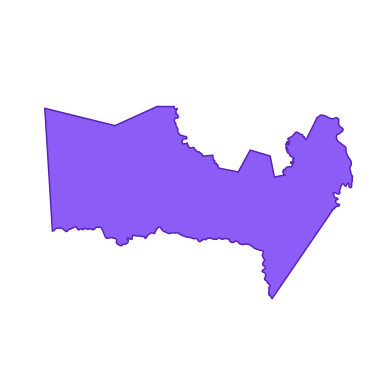 outline of Valle Del Guamuez, Putumayo, Colombia, rotated 188°
{"feature_id": "7082276B97476971281230", "entity_name": "Valle Del Guamuez", "entity_type": "district", "adm_level": 2, "iso_a3": "COL", "parent_name": "Colombia", "parent_adm1": "Putumayo", "projection": "albers", "projection_center": [-76.929, 0.422], "detail": "fine", "context": "isolated", "style": "filled", "palette": "violet", "viewbox_px": 384, "rotation_deg": 188, "n_neighbors": 0, "source": "geoboundaries", "source_scale": "gbopen_adm2", "svg_char_len": 6025}
<svg xmlns="http://www.w3.org/2000/svg" viewBox="0 0 384 384"><g transform="rotate(188 192 192)"><path d="M270.2,134.4L269.4,134.4L265.3,135.8L263.2,135.3L261.8,135.3L261.2,135.2L260.0,134.4L259.9,131.7L259.3,130.6L257.4,129.5L255.3,129.0L254.5,128.9L253.9,129.3L253.6,130.0L252.9,130.6L250.4,131.3L249.4,131.9L248.8,132.6L248.3,133.8L248.2,134.9L248.6,135.6L249.8,136.6L249.7,137.2L249.4,137.5L248.9,137.5L246.8,136.7L245.3,136.7L244.7,137.4L244.9,139.8L244.5,140.7L244.0,141.1L241.0,140.7L237.7,141.2L235.8,140.8L233.2,141.3L232.7,141.1L232.5,140.0L231.4,139.7L230.8,140.7L230.2,142.5L229.2,143.7L226.7,145.8L225.5,146.0L223.8,145.5L223.1,146.0L222.5,148.7L221.8,150.4L220.1,152.6L219.3,152.9L218.2,152.5L217.1,150.9L214.9,149.2L213.8,148.8L211.9,148.6L210.6,147.9L209.6,147.7L208.8,147.6L207.9,148.1L203.6,149.4L203.0,149.0L202.4,149.0L200.4,149.8L199.9,149.7L198.7,148.7L195.6,147.6L191.8,146.8L189.9,146.6L187.4,146.7L184.0,146.0L181.2,146.5L180.1,145.9L179.2,145.0L178.8,144.2L178.2,144.0L177.1,144.0L176.6,144.2L176.1,145.1L175.1,145.6L175.0,146.3L174.6,146.7L171.9,146.7L171.5,146.9L170.8,147.5L170.5,148.2L169.7,148.6L166.5,148.8L165.0,148.4L163.6,148.3L161.0,148.6L159.9,149.4L159.2,150.2L158.1,150.5L156.7,149.5L155.5,149.4L154.5,149.6L153.4,150.4L149.6,150.5L148.4,150.0L148.1,149.0L147.1,148.2L146.5,147.8L145.0,147.7L143.9,147.9L143.5,148.1L142.4,149.1L141.6,149.6L140.9,149.6L139.1,148.7L137.7,147.4L135.1,147.0L134.2,147.1L132.9,147.7L130.7,147.8L128.8,148.4L127.3,147.4L125.0,146.7L123.8,145.8L122.3,145.0L120.3,144.4L118.1,144.1L116.8,143.7L113.9,143.8L113.3,143.6L113.0,143.1L113.0,142.0L113.6,139.7L113.6,138.9L112.4,137.0L111.4,135.8L110.6,135.4L110.4,135.1L111.7,132.4L112.0,131.0L111.9,130.0L111.3,129.1L111.0,128.9L109.6,128.5L108.6,127.4L108.6,126.9L108.8,126.6L110.8,124.8L111.5,123.7L111.4,122.9L108.2,121.9L107.7,120.4L107.4,118.8L107.5,117.8L108.2,116.8L108.0,115.8L107.7,115.3L105.4,114.0L104.3,112.3L101.5,110.3L102.5,108.3L102.0,104.2L101.9,101.7L101.4,100.8L99.6,99.7L98.8,98.4L97.8,97.7L50.6,192.9L50.3,193.8L49.6,194.8L49.0,194.9L48.2,196.4L47.4,197.4L46.4,198.0L45.0,198.5L44.3,199.0L44.1,199.6L44.2,200.1L44.5,200.3L46.7,200.4L47.5,200.8L47.7,201.1L48.5,202.6L48.6,203.5L47.9,204.3L46.7,204.8L46.5,205.1L46.5,205.4L46.8,205.8L48.3,206.3L49.4,206.3L50.4,206.9L50.6,207.4L50.9,208.6L51.8,210.2L51.7,211.0L51.3,211.2L50.1,211.3L47.1,210.3L46.0,210.5L45.4,211.7L46.2,214.5L45.6,216.0L45.4,218.5L44.6,220.5L43.8,221.2L43.1,221.0L41.4,219.4L40.8,219.1L40.4,219.1L40.2,219.3L40.2,220.2L38.8,222.5L38.5,222.6L38.2,222.4L37.7,221.2L37.4,219.6L36.8,218.8L35.9,218.2L35.6,218.3L35.2,218.6L34.6,219.7L35.1,222.4L35.0,224.1L34.8,225.1L35.3,228.7L35.2,229.9L36.6,231.3L38.7,236.4L39.0,237.6L38.9,238.8L38.3,240.4L38.1,241.6L38.4,243.6L39.2,245.3L42.3,248.5L44.1,251.4L45.0,253.5L45.9,257.6L46.9,258.3L54.4,262.5L55.5,263.5L55.9,264.3L56.8,267.1L56.6,268.7L54.5,270.1L53.2,271.3L51.3,273.4L51.1,274.7L51.4,275.7L55.1,277.7L55.7,278.6L56.5,280.9L56.6,283.7L57.1,284.6L58.6,285.6L59.8,285.7L62.0,284.3L63.2,284.0L66.1,284.3L70.2,285.8L74.0,286.3L75.0,286.2L76.2,285.4L76.7,284.5L77.7,283.7L78.7,283.2L79.3,280.5L86.2,259.7L88.0,261.1L88.4,262.2L89.4,262.2L89.8,262.5L90.1,263.1L90.2,263.7L90.5,264.1L92.9,264.2L93.6,265.0L94.8,265.0L95.6,265.8L96.4,265.9L98.0,265.2L98.9,263.4L100.0,262.3L99.9,261.5L104.4,258.4L104.4,257.8L104.1,257.1L102.8,256.5L102.5,255.9L102.7,255.4L103.3,255.0L104.3,255.1L104.8,254.9L105.1,254.7L105.1,253.9L104.6,253.6L104.1,253.6L103.5,254.2L103.0,254.1L102.3,253.0L102.5,252.5L102.8,252.4L103.1,252.5L103.4,253.1L103.8,253.2L104.7,252.9L105.6,252.8L105.7,251.8L105.0,251.5L104.8,251.1L105.2,250.0L105.1,248.4L104.6,248.2L104.0,249.0L103.7,249.0L103.6,248.6L104.1,248.1L104.4,247.5L104.2,246.4L103.8,246.0L103.6,246.0L103.1,246.5L102.7,246.6L102.5,246.2L103.1,245.7L103.2,245.3L102.8,244.3L102.2,243.9L101.3,243.9L100.7,243.5L100.5,242.4L100.0,241.6L97.8,240.5L97.1,240.6L96.8,239.7L95.7,239.5L95.6,239.1L96.6,238.1L96.7,237.1L96.6,236.8L95.5,236.0L95.4,235.5L95.7,235.0L96.0,235.0L98.1,235.5L98.6,235.3L98.4,234.7L98.1,234.4L96.9,233.6L96.1,233.3L95.9,233.0L96.0,232.6L96.9,231.1L97.5,230.7L99.3,230.6L101.9,229.6L102.4,228.8L102.6,227.4L102.8,227.2L103.8,227.3L104.3,227.0L104.4,225.8L105.1,225.1L105.0,224.9L103.7,222.5L102.8,222.1L102.4,221.8L112.5,218.3L119.6,238.5L140.2,241.6L149.0,218.3L168.7,219.4L169.9,221.0L170.2,222.4L171.9,222.6L171.9,223.9L173.5,223.8L174.0,224.0L174.0,224.7L173.7,225.4L173.7,225.9L174.0,226.3L175.2,226.7L176.6,231.3L186.1,229.0L186.8,230.3L188.3,231.5L189.1,231.5L189.4,232.0L190.2,232.6L193.0,232.9L194.5,234.1L195.4,234.6L195.8,235.7L196.5,236.3L197.2,236.3L198.6,235.6L201.0,235.5L201.8,236.7L201.9,237.2L202.2,237.5L202.7,237.6L203.0,238.0L203.3,239.3L203.7,239.9L204.7,239.0L205.6,239.0L207.3,238.3L207.6,238.4L208.7,239.1L208.6,239.8L208.8,240.9L208.6,242.4L208.4,242.8L207.6,243.4L205.2,243.7L204.7,244.3L204.6,244.9L205.4,246.0L205.7,245.9L206.3,246.1L207.5,246.1L209.8,246.6L211.5,246.6L211.6,246.8L212.8,247.7L213.3,248.4L214.3,249.1L214.6,250.0L214.7,252.4L216.7,254.9L217.7,257.3L217.7,258.0L218.1,258.3L218.8,258.4L219.4,260.2L219.4,261.1L219.1,262.1L218.9,262.6L218.1,263.1L217.1,263.0L216.0,264.1L215.8,264.5L216.3,264.7L216.7,266.1L217.0,266.6L217.9,267.0L218.7,267.0L218.8,267.2L218.8,268.6L219.2,269.5L219.2,269.8L218.3,271.8L218.2,272.4L218.5,272.5L219.4,271.9L220.9,272.2L221.3,272.7L221.6,274.1L238.5,271.8L277.5,247.0L349.4,254.4L324.8,133.9L323.6,134.4L323.1,134.9L322.1,136.6L321.0,137.3L319.4,137.6L318.2,137.7L316.7,138.2L315.8,138.1L312.1,135.8L311.0,135.3L310.2,135.6L308.8,137.8L308.3,138.1L306.9,138.5L305.4,139.7L302.5,141.4L301.9,141.2L301.5,140.9L299.3,138.7L298.4,138.9L297.4,140.1L296.9,140.3L295.2,139.5L294.2,139.8L293.5,141.2L293.0,141.4L290.5,140.4L287.2,141.5L285.6,140.8L284.2,141.1L283.6,141.5L281.7,143.9L280.8,144.0L279.3,144.0L278.5,144.4L277.6,144.3L276.9,143.9L274.7,140.9L273.7,138.8L273.0,137.9L271.8,135.8L271.4,135.3L270.2,134.4Z" fill="#8b5cf6" stroke="#5b21b6" stroke-width="1.5"/></g></svg>